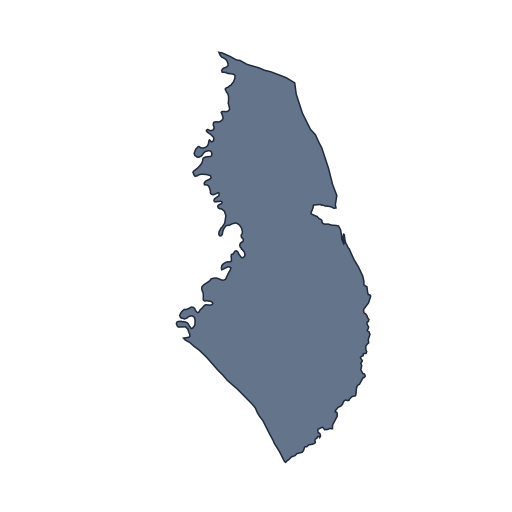 the district of Ahuas, Gracias a Dios, Honduras, rotated 341°
{"feature_id": "27666195B1442019449651", "entity_name": "Ahuas", "entity_type": "district", "adm_level": 2, "iso_a3": "HND", "parent_name": "Honduras", "parent_adm1": "Gracias a Dios", "projection": "mercator", "projection_center": [-84.342, 15.493], "detail": "fine", "context": "isolated", "style": "filled", "palette": "slate", "viewbox_px": 512, "rotation_deg": 341, "n_neighbors": 0, "source": "geoboundaries", "source_scale": "gbopen_adm2", "svg_char_len": 6128}
<svg xmlns="http://www.w3.org/2000/svg" viewBox="0 0 512 512"><g transform="rotate(341 256 256)"><path d="M349.0,104.9L342.7,97.4L340.0,95.0L329.8,86.5L324.6,83.2L320.0,79.0L310.0,72.0L304.3,65.7L302.5,65.0L300.7,63.6L296.5,58.9L289.6,52.5L289.0,52.4L287.2,51.3L287.5,54.7L288.3,56.7L290.6,59.0L291.5,60.5L292.1,62.3L292.1,65.5L291.5,66.9L289.7,67.8L286.8,67.8L285.1,68.3L283.9,69.5L283.9,71.2L287.4,72.7L288.0,73.6L288.8,74.2L293.5,76.5L294.6,77.7L294.9,78.6L294.0,80.9L291.4,84.1L289.4,85.2L288.5,86.1L286.7,86.4L284.7,87.3L282.7,87.3L281.2,88.1L281.5,91.6L282.1,93.1L282.1,95.7L280.9,99.5L279.4,102.7L279.4,105.3L278.8,108.8L276.8,109.9L275.1,109.9L271.6,108.5L270.4,108.5L269.8,109.0L270.1,113.1L269.8,114.9L269.2,115.7L267.8,116.6L265.5,117.2L264.3,117.2L262.0,116.0L260.6,116.0L260.0,115.7L259.4,116.0L258.2,118.0L258.2,121.2L256.2,123.0L253.6,122.7L251.6,120.6L250.1,120.9L249.8,121.8L250.4,122.7L250.4,123.2L252.7,126.2L254.4,129.7L254.4,131.4L252.9,133.4L251.2,133.7L250.6,133.1L250.6,132.6L249.8,131.1L249.2,131.4L247.4,134.6L246.0,136.0L243.7,136.9L240.8,136.6L239.0,135.7L237.9,134.0L237.0,133.7L233.8,135.4L230.9,138.9L230.9,141.2L231.8,142.1L232.1,143.0L234.1,144.1L234.7,143.8L236.4,143.9L238.1,143.0L239.6,141.8L242.2,140.7L245.4,141.0L247.1,141.9L247.7,143.3L247.4,145.3L246.5,146.8L245.1,147.1L242.2,146.2L240.7,146.2L240.4,145.9L238.1,146.2L237.3,147.1L236.4,148.8L235.2,150.3L232.9,152.0L229.1,154.0L224.5,155.5L223.6,156.4L223.9,159.9L224.4,160.8L226.8,161.1L228.2,160.6L231.1,160.9L235.4,162.7L238.6,164.8L239.1,165.6L239.1,167.1L238.5,168.0L232.7,168.8L232.2,169.3L231.3,169.6L230.7,170.5L230.4,171.9L232.7,172.8L233.5,173.7L234.1,174.9L234.1,179.5L233.5,181.3L233.4,182.2L234.0,183.0L234.9,183.9L235.7,184.2L240.1,184.0L240.7,183.7L241.2,184.0L241.5,184.6L240.6,186.9L235.7,188.3L234.5,189.4L234.2,190.3L234.8,191.5L240.3,192.7L241.1,193.3L241.4,194.2L240.8,195.1L237.0,195.6L236.2,196.2L235.9,197.0L236.1,198.5L237.3,199.7L238.4,200.0L239.0,200.6L240.7,203.5L240.6,208.1L237.1,214.8L233.0,217.9L232.4,217.9L228.9,221.1L228.0,223.1L228.0,224.6L228.3,225.1L229.1,225.5L229.7,225.5L231.2,224.6L232.4,222.3L234.1,220.0L237.3,217.7L238.8,217.7L240.8,218.3L243.7,217.8L247.5,218.1L248.9,219.3L250.3,221.1L251.4,224.9L251.1,228.6L250.2,230.4L249.0,231.2L248.5,232.1L248.4,233.8L249.3,235.3L249.3,236.8L248.1,238.2L246.9,238.2L246.1,238.8L245.5,238.7L244.3,240.2L244.0,241.1L244.0,242.5L244.6,243.4L244.5,244.8L245.4,245.4L245.4,246.3L246.2,248.1L246.2,250.1L245.6,252.1L243.6,253.3L241.8,252.9L240.4,248.9L240.2,246.5L239.3,244.8L237.9,244.5L234.7,246.8L234.1,246.5L233.2,246.7L232.3,248.2L232.3,249.0L231.1,252.8L229.7,253.1L226.8,252.2L224.8,252.2L221.9,253.0L220.4,254.1L219.2,256.4L219.2,257.9L226.2,257.1L227.3,257.7L228.4,258.9L227.3,260.6L224.3,263.2L219.6,268.1L217.6,268.3L215.9,267.7L211.9,264.2L209.3,263.3L206.1,263.0L204.1,264.4L197.1,266.3L194.8,267.5L193.9,269.5L193.8,272.1L194.1,273.3L192.9,277.6L192.0,279.4L192.0,280.8L193.1,282.0L195.2,282.3L196.9,283.5L198.0,283.8L199.5,285.3L199.7,286.7L198.6,287.6L196.8,287.6L192.8,285.8L191.4,285.8L187.6,288.0L185.8,288.6L183.5,290.6L182.3,290.6L181.5,289.1L180.9,287.1L181.0,285.9L180.1,284.2L178.4,283.3L177.2,283.3L175.2,283.8L172.0,283.8L171.1,283.2L170.6,283.2L167.9,284.3L166.2,285.5L164.4,287.5L164.7,289.8L165.6,290.7L167.3,291.6L167.6,292.2L170.5,292.2L172.8,291.3L176.0,291.7L177.1,292.9L177.7,294.0L177.6,296.6L175.9,301.0L175.3,301.8L172.4,303.6L171.2,303.5L170.1,300.0L169.8,298.0L169.2,296.8L167.8,295.4L167.0,295.1L166.4,294.5L164.9,294.2L164.1,293.3L163.2,293.3L162.1,292.7L160.0,292.6L158.6,294.1L158.8,296.7L159.4,297.9L166.3,300.0L166.9,301.5L167.7,302.6L167.7,307.3L168.0,307.9L167.4,310.2L166.5,311.0L160.7,310.1L161.8,312.5L165.2,316.2L168.1,321.4L171.7,326.6L176.3,335.7L183.0,352.0L186.1,358.3L188.4,364.3L195.1,375.8L204.0,394.5L205.9,399.4L206.3,404.9L207.2,409.0L208.9,413.9L210.9,428.7L212.1,435.8L212.3,439.0L214.5,448.6L216.0,459.4L216.7,460.7L218.2,460.1L218.8,459.6L220.5,459.3L224.6,457.3L225.5,457.6L228.3,457.3L230.1,456.2L235.9,456.6L237.6,455.4L239.7,452.6L240.3,452.3L242.0,452.9L244.3,451.7L248.1,452.4L250.7,452.1L251.5,451.5L251.6,449.8L252.4,448.4L254.2,448.1L255.3,446.9L256.5,447.0L257.1,447.8L257.1,448.4L258.2,447.6L258.5,446.7L258.6,444.7L258.0,443.8L257.4,443.5L257.4,442.3L257.4,441.4L258.3,440.0L263.0,439.5L263.5,440.1L264.4,442.7L265.2,442.7L266.7,443.3L270.1,443.1L271.0,443.9L272.1,444.2L273.3,440.8L280.4,434.2L280.9,433.3L281.6,430.7L281.3,429.8L280.7,429.8L280.1,429.0L281.0,427.8L284.5,425.8L287.1,425.6L289.4,424.4L291.8,421.8L293.8,421.3L295.5,422.5L296.7,422.8L297.3,422.5L297.6,421.9L300.2,420.5L301.3,420.2L304.2,420.6L304.8,420.3L306.3,417.7L306.3,417.1L307.2,415.7L307.8,413.6L308.4,413.3L309.2,411.9L310.7,411.1L311.9,411.1L317.7,405.9L318.3,406.2L320.0,405.4L320.3,404.5L320.1,403.3L319.8,402.5L318.9,401.9L318.6,401.3L318.1,397.5L320.2,394.3L320.2,391.4L322.0,390.3L322.5,389.4L322.0,388.3L321.7,385.9L322.6,385.4L324.9,385.1L325.5,383.4L326.7,383.4L328.4,384.0L329.6,382.3L329.3,381.1L330.2,377.3L332.3,375.6L334.3,374.8L334.9,371.6L338.2,367.3L338.2,364.6L337.0,363.2L337.1,362.3L338.5,361.2L339.4,359.7L338.9,357.7L338.9,356.2L339.5,354.8L339.8,354.5L340.9,354.5L342.1,352.8L341.3,350.2L341.6,349.3L341.0,346.7L339.6,344.9L339.9,342.9L340.5,341.4L347.2,336.9L351.3,331.4L351.4,330.5L350.8,329.7L349.6,329.1L349.7,326.7L350.9,321.2L349.5,319.8L348.6,318.0L349.7,315.6L350.4,309.7L349.3,299.6L347.5,291.4L346.4,279.4L345.8,278.3L345.4,274.1L345.0,273.3L345.3,269.8L346.4,264.7L346.1,263.9L345.6,264.2L344.1,267.5L343.5,272.0L343.3,273.0L342.9,273.2L342.6,267.8L343.5,264.8L344.5,258.9L343.8,254.5L341.7,253.2L337.7,251.5L334.8,249.4L331.1,248.1L330.3,247.4L329.3,245.9L329.9,243.8L329.0,242.2L328.2,241.6L327.3,240.2L326.6,238.4L325.6,237.8L321.9,234.1L322.0,233.2L325.7,228.9L326.9,226.6L333.6,228.2L334.5,229.3L335.4,229.4L337.8,231.3L341.3,232.9L343.8,234.6L345.2,236.3L347.3,236.6L347.7,233.4L352.1,225.2L351.7,213.3L353.1,196.9L353.4,175.5L352.3,167.9L351.7,160.9L348.7,153.9L346.4,136.3L346.7,116.1L349.0,104.9Z" fill="#64748b" stroke="#1e293b" stroke-width="1.5"/></g></svg>